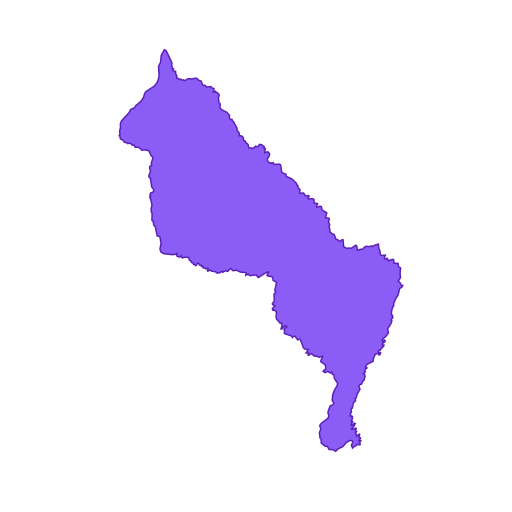 La Sierra, Cauca, Colombia (Equal Earth projection), rotated 215°
{"feature_id": "7082276B53441696517759", "entity_name": "La Sierra", "entity_type": "district", "adm_level": 2, "iso_a3": "COL", "parent_name": "Colombia", "parent_adm1": "Cauca", "projection": "equal_earth", "projection_center": [-76.803, 2.2], "detail": "fine", "context": "isolated", "style": "filled", "palette": "violet", "viewbox_px": 512, "rotation_deg": 215, "n_neighbors": 0, "source": "geoboundaries", "source_scale": "gbopen_adm2", "svg_char_len": 6095}
<svg xmlns="http://www.w3.org/2000/svg" viewBox="0 0 512 512"><g transform="rotate(215 256 256)"><path d="M66.8,154.0L66.0,157.0L65.2,158.0L65.2,159.5L62.6,160.9L62.7,161.8L64.1,162.3L64.1,164.7L65.9,163.8L65.7,166.4L66.3,166.9L67.4,166.3L68.9,169.4L69.4,169.2L70.3,166.2L71.8,167.6L73.1,167.9L72.9,169.9L74.3,170.1L75.1,172.3L76.0,171.8L76.8,169.9L78.5,168.9L78.2,173.3L78.6,175.7L79.5,175.5L80.0,172.2L81.2,171.9L81.8,175.8L82.9,175.1L84.0,178.6L84.8,179.7L85.7,179.9L86.5,178.8L87.1,179.1L87.5,180.4L88.4,181.0L88.3,182.7L90.6,185.6L89.8,186.6L91.6,190.4L91.9,192.8L91.3,194.3L92.9,195.9L92.5,197.2L93.8,200.6L94.4,206.5L97.1,208.4L97.0,210.5L96.0,211.9L96.7,214.1L96.3,216.2L97.6,219.9L99.3,221.4L100.4,221.1L100.0,223.9L101.2,224.6L101.5,225.6L100.9,228.0L102.8,228.0L102.9,231.0L99.7,236.8L101.1,239.7L102.0,244.3L99.5,246.4L98.4,245.5L97.9,246.9L98.4,248.1L100.5,247.2L101.2,248.1L101.1,249.3L100.2,249.5L100.4,250.7L99.7,255.8L100.2,256.4L101.0,255.3L101.5,255.6L102.1,257.4L101.2,259.6L101.7,260.8L102.6,260.7L103.2,258.7L104.4,259.4L104.5,261.0L103.4,265.4L103.5,269.0L106.4,271.9L106.7,278.3L107.5,280.8L108.7,281.1L108.7,284.4L109.6,284.6L110.1,285.7L111.1,285.4L112.4,286.9L113.8,289.7L114.7,292.6L114.6,294.1L116.1,296.3L117.2,302.0L117.1,304.9L119.7,312.0L118.7,313.8L118.9,316.0L120.0,315.2L122.3,316.6L125.1,317.1L125.2,321.1L128.0,324.4L130.7,329.1L133.1,329.0L135.5,331.4L138.8,329.2L141.2,332.0L142.1,331.7L144.9,328.0L147.1,329.4L147.6,329.1L148.0,327.6L149.6,327.6L150.5,330.9L153.7,328.3L154.6,328.2L157.7,331.5L159.8,332.7L162.6,336.0L165.4,332.2L165.7,330.6L167.0,330.6L168.8,328.5L171.4,327.1L172.3,325.2L172.5,322.4L174.2,321.6L176.1,318.8L179.2,322.0L180.5,322.0L182.4,316.9L184.3,316.0L185.9,314.4L189.5,313.8L193.9,319.2L194.8,318.8L195.8,315.9L198.4,316.2L199.8,315.5L204.4,318.5L205.8,317.8L209.6,318.3L210.7,320.1L213.0,321.9L213.5,323.9L216.0,325.3L217.3,328.6L218.3,328.7L221.1,327.3L222.8,332.0L228.3,331.6L230.7,333.9L232.2,333.5L234.0,330.6L235.0,331.5L235.4,334.1L237.0,333.8L238.6,332.6L241.0,335.6L242.8,335.3L245.7,332.8L246.6,333.4L246.7,335.2L247.2,335.7L248.1,335.5L249.6,333.5L253.2,334.9L256.1,332.5L257.1,333.4L257.7,335.4L261.1,336.4L262.2,337.8L263.3,337.7L264.8,338.8L270.9,339.7L276.6,338.6L278.6,340.2L282.2,339.2L284.0,340.4L288.0,344.7L289.7,344.6L293.7,341.4L295.5,342.4L296.2,340.8L297.2,341.0L298.5,339.9L301.2,340.7L302.3,341.9L302.7,345.9L303.6,347.6L306.0,348.2L308.1,345.6L310.1,349.4L311.2,348.7L311.9,350.2L315.4,350.4L317.2,349.3L317.0,347.5L317.4,346.4L319.3,345.8L320.0,342.3L321.4,342.1L323.8,340.4L326.4,342.8L329.4,343.1L330.9,344.0L332.3,343.6L334.6,345.8L336.7,346.1L338.5,345.0L340.5,347.2L344.0,348.3L344.8,349.8L351.7,353.2L353.1,353.2L354.0,354.1L355.4,353.1L357.2,354.0L358.4,356.0L362.4,357.0L367.3,356.2L369.9,356.4L371.6,358.2L372.3,359.9L374.6,360.6L377.7,364.3L378.2,366.3L379.1,367.2L381.8,367.7L382.9,367.0L383.7,367.7L384.9,365.9L386.5,369.1L388.2,368.4L390.2,368.9L393.3,366.1L395.3,366.6L397.6,365.4L401.3,367.8L403.7,367.1L406.3,367.6L407.8,366.8L410.5,363.7L411.4,363.7L413.3,362.3L414.7,359.0L416.6,358.6L417.4,357.5L418.9,357.8L419.9,356.7L421.1,357.0L422.8,356.1L424.2,358.2L426.1,359.0L427.9,361.2L429.5,360.2L430.6,360.7L430.9,361.9L431.5,361.2L434.4,363.9L435.6,365.8L437.6,367.2L447.3,372.6L449.4,372.4L448.7,365.9L445.3,360.0L444.6,355.4L438.8,348.1L437.2,344.4L436.5,340.9L436.8,336.7L440.5,327.4L440.4,325.1L439.0,321.0L439.0,316.7L440.7,310.4L440.5,308.0L442.7,304.1L442.2,300.5L443.7,289.5L442.9,286.4L440.6,283.4L439.5,280.3L437.2,277.6L437.1,276.2L436.6,276.5L434.2,274.1L432.0,274.6L428.7,273.7L427.0,274.7L425.7,274.4L424.1,275.9L422.3,276.3L420.9,275.8L419.6,276.9L417.2,275.8L414.8,277.6L411.8,277.6L410.4,277.0L407.9,279.2L404.3,280.8L399.5,278.0L396.9,277.7L395.0,272.0L393.3,270.2L394.4,268.8L394.3,268.0L390.8,264.4L390.0,260.6L388.9,259.2L387.2,259.2L381.0,252.7L378.3,252.0L377.0,250.3L377.1,249.1L378.4,247.3L378.0,245.3L377.0,244.8L377.0,243.6L376.2,243.8L375.6,242.2L374.6,242.0L370.3,237.9L369.3,235.0L367.3,232.3L365.5,231.2L361.7,225.5L359.7,225.1L357.6,222.7L355.3,222.2L348.5,215.8L346.0,216.7L345.3,216.2L341.1,212.0L338.6,206.5L335.9,204.7L332.8,205.0L325.3,209.1L323.2,210.9L322.4,212.7L320.8,210.6L318.2,211.1L317.4,213.1L317.2,212.6L315.2,212.1L314.4,213.5L310.5,216.2L308.1,214.4L306.8,214.7L305.2,213.7L303.2,214.1L302.4,213.3L301.2,213.9L300.2,213.3L299.5,214.3L300.0,216.1L298.6,217.2L297.4,216.1L295.2,217.1L294.7,216.2L293.3,216.8L292.3,215.9L290.8,217.0L290.0,216.6L288.2,218.3L287.7,217.8L287.4,216.1L286.8,215.9L285.3,218.4L283.8,218.1L280.0,219.9L278.0,219.7L275.9,221.7L275.4,223.8L274.1,223.5L272.5,226.4L270.3,227.2L270.0,230.1L269.3,231.3L266.6,230.7L263.6,233.2L259.5,233.9L254.9,236.6L254.2,236.3L253.3,234.3L252.1,236.6L249.9,236.3L245.0,240.6L241.8,239.6L239.5,245.3L237.6,249.2L236.7,249.9L235.8,246.4L234.4,246.5L231.3,248.1L229.7,247.8L228.2,245.9L224.1,246.3L220.9,238.7L219.4,237.9L219.2,234.8L215.2,229.8L215.3,226.4L214.4,225.7L211.9,226.2L212.4,222.2L211.0,221.2L209.4,222.3L207.2,221.9L204.2,217.1L202.6,216.0L197.6,214.8L196.9,215.6L195.8,215.2L194.7,213.8L193.7,210.6L192.8,211.4L192.4,215.2L190.6,216.0L190.0,215.3L190.9,213.4L190.7,211.6L189.2,210.5L188.3,208.8L180.8,210.9L179.4,210.1L178.9,212.1L178.0,212.7L173.8,211.2L172.4,212.8L171.6,212.9L164.3,207.9L162.5,207.8L159.5,209.4L159.4,205.3L157.7,206.4L156.4,204.7L155.7,205.1L155.5,207.3L152.6,207.8L151.4,207.3L148.2,209.0L146.4,209.1L144.1,211.9L143.6,211.4L143.0,207.8L142.3,206.6L137.0,206.6L134.6,204.4L134.1,202.4L135.0,201.1L134.9,200.1L132.6,200.0L131.0,202.7L127.9,202.8L127.6,204.3L127.0,204.5L125.5,202.8L123.9,203.3L121.8,200.8L116.0,198.4L115.1,195.9L114.8,191.1L113.6,186.5L110.9,181.6L107.6,179.9L107.7,178.0L109.3,175.8L107.9,170.5L107.1,168.7L105.3,167.5L104.2,165.7L104.0,164.4L106.6,156.2L106.5,153.5L103.8,151.7L102.7,147.6L99.1,143.6L97.4,143.2L95.5,140.3L90.8,139.8L88.1,141.0L85.3,139.4L81.7,141.5L78.7,141.7L78.2,144.9L75.6,149.5L74.9,155.5L73.4,158.3L71.9,159.8L70.0,159.4L69.4,155.8L66.8,154.0Z" fill="#8b5cf6" stroke="#5b21b6" stroke-width="1.5"/></g></svg>